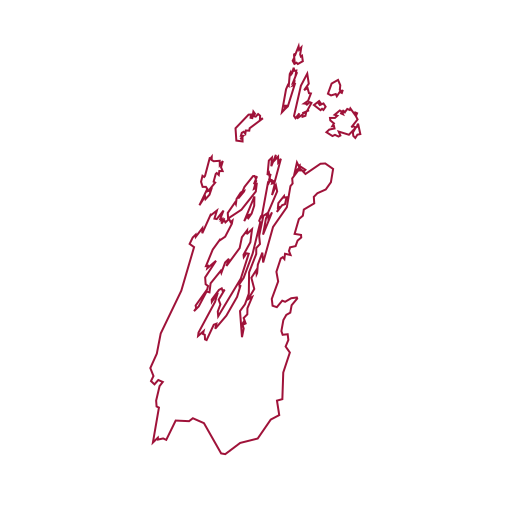 the district of Flora nor, Sogn og Fjordane, Norway, rotated 111°
{"feature_id": "86288312B31787825848012", "entity_name": "Flora nor", "entity_type": "district", "adm_level": 2, "iso_a3": "NOR", "parent_name": "Norway", "parent_adm1": "Sogn og Fjordane", "projection": "robinson", "projection_center": [5.064, 61.619], "detail": "fine", "context": "isolated", "style": "outline", "palette": "rose", "viewbox_px": 512, "rotation_deg": 111, "n_neighbors": 0, "source": "geoboundaries", "source_scale": "gbopen_adm2", "svg_char_len": 6083}
<svg xmlns="http://www.w3.org/2000/svg" viewBox="0 0 512 512"><g transform="rotate(111 256 256)"><path d="M160.3,212.5L147.1,215.2L144.8,224.5L146.8,228.9L161.7,239.2L160.4,242.0L157.8,240.8L156.7,245.9L158.1,246.7L155.6,247.7L156.7,248.4L154.0,251.3L164.0,249.8L158.6,247.5L159.6,243.5L160.9,247.2L170.6,250.0L175.2,247.8L178.4,248.9L199.4,244.7L222.8,250.5L259.5,247.0L250.6,251.3L263.4,251.2L271.6,248.8L272.8,248.9L269.1,250.7L278.0,252.5L287.4,245.8L299.1,247.8L295.6,244.9L307.8,245.3L313.6,243.2L318.3,245.3L322.7,241.5L323.8,242.6L322.2,244.0L324.5,244.4L328.1,241.5L336.8,240.0L313.1,251.2L305.1,249.0L293.8,249.2L273.7,256.6L254.0,256.5L248.5,258.6L243.4,256.6L236.0,260.3L216.6,263.4L218.0,264.7L217.6,265.6L222.0,265.6L223.0,264.1L255.0,260.0L280.9,259.7L288.4,261.5L290.4,260.4L288.7,259.9L301.0,259.0L322.3,262.3L338.5,268.0L333.4,268.7L335.3,270.8L352.2,272.0L352.1,273.7L347.9,275.6L347.8,277.6L344.9,278.0L351.4,281.4L348.1,282.2L313.5,277.8L304.0,278.5L314.6,280.8L312.6,281.7L300.9,278.4L298.5,276.4L300.6,274.6L298.7,273.2L310.2,275.2L313.9,271.9L321.5,271.8L325.8,269.7L282.5,262.1L256.5,263.6L256.9,265.9L261.4,267.0L259.3,268.1L245.2,266.2L232.4,269.3L238.2,272.1L238.2,273.5L236.4,273.1L235.2,273.5L243.5,275.9L254.5,274.1L275.9,280.0L268.3,280.3L273.1,282.5L284.1,282.3L282.4,283.6L297.8,288.6L306.6,286.4L306.9,289.4L323.6,291.4L329.7,294.1L326.3,293.1L323.9,294.6L304.6,289.6L301.2,290.0L300.4,292.9L294.2,295.8L274.8,291.6L284.9,297.1L282.4,297.5L283.3,299.1L265.5,298.7L252.7,295.3L254.1,295.2L249.0,291.7L234.6,290.1L231.4,290.7L233.5,291.8L231.1,294.4L235.6,296.6L233.6,298.9L234.7,298.8L238.2,300.0L233.8,299.5L235.3,301.4L233.5,301.4L234.3,302.7L225.2,302.6L235.6,305.9L236.0,308.2L227.6,308.8L233.9,312.6L232.7,313.1L254.0,314.3L249.3,316.1L259.6,319.1L257.7,320.0L261.4,321.7L268.5,322.3L269.9,317.0L315.2,313.3L362.5,317.2L382.7,313.6L398.5,314.5L404.8,308.7L410.4,309.2L412.2,304.8L406.8,302.8L407.0,297.9L412.0,299.4L426.8,297.4L432.1,294.9L432.3,292.3L467.1,285.4L460.8,282.5L462.5,281.7L459.6,277.3L459.8,273.9L438.4,272.0L434.2,259.3L430.1,256.8L430.7,244.7L452.8,217.8L452.0,213.7L436.2,203.8L425.8,189.0L403.4,183.6L396.2,177.3L383.5,184.6L380.2,180.1L355.0,188.8L334.0,189.8L329.9,195.9L322.8,195.7L317.7,198.4L320.0,202.9L317.0,205.4L306.0,207.5L300.1,206.6L296.6,203.7L289.2,205.1L281.0,202.3L280.1,203.0L282.8,208.0L288.3,212.4L288.3,215.5L296.3,218.2L296.5,222.7L290.4,225.9L271.8,226.2L263.4,231.3L249.5,232.0L247.5,230.6L248.7,228.4L243.5,229.7L242.7,224.1L239.5,227.0L235.7,227.3L232.6,222.6L226.7,222.7L222.5,220.4L220.2,221.5L221.5,227.9L206.2,229.2L201.6,226.7L195.5,228.0L186.0,220.5L180.1,223.2L175.4,221.2L168.9,214.7L160.3,212.5ZM104.8,202.3L95.8,208.2L97.8,207.7L97.7,208.2L99.4,208.1L100.1,208.7L100.1,211.8L101.6,213.1L92.1,210.1L89.6,212.9L86.5,212.8L86.4,214.8L88.4,214.7L84.4,220.8L86.1,220.8L86.0,223.5L89.6,224.5L88.9,227.5L90.4,225.3L91.1,227.2L92.5,225.7L92.4,227.7L90.4,227.7L90.1,229.9L96.0,233.2L95.9,230.3L98.8,231.8L100.6,236.4L102.8,235.2L104.3,230.7L107.5,231.3L106.7,229.8L108.8,228.4L111.7,232.9L115.2,234.6L116.6,227.6L114.6,225.7L114.9,221.8L113.3,220.4L110.2,223.4L109.5,212.7L100.4,208.9L106.0,209.8L109.0,208.2L110.2,205.6L106.4,204.8L104.8,202.3ZM195.9,279.3L188.7,281.1L189.2,281.6L190.9,281.8L191.6,281.7L191.8,281.8L192.8,281.8L194.1,281.9L194.2,282.0L185.1,282.8L189.8,283.7L181.2,283.6L183.3,284.4L181.8,286.0L182.5,287.4L195.5,291.5L201.4,291.8L199.7,290.3L200.1,290.3L208.7,293.2L201.9,292.7L202.3,293.0L209.7,294.6L214.8,293.4L213.5,294.8L225.9,297.8L231.0,295.5L218.0,286.2L195.9,279.3ZM188.7,317.6L185.6,320.5L179.2,321.0L184.1,322.4L180.1,324.0L182.7,329.5L182.3,331.8L179.2,332.9L182.2,333.8L180.3,334.4L199.5,332.3L200.8,332.7L200.3,334.7L206.4,333.9L210.6,330.6L209.4,327.6L210.8,325.5L228.9,327.0L218.7,324.9L221.0,323.5L215.5,321.4L210.8,321.6L213.0,322.8L211.2,322.6L212.3,323.8L202.1,320.4L201.8,322.2L193.8,323.0L192.6,322.4L193.7,319.8L189.8,320.7L188.7,317.6ZM93.2,259.1L93.1,261.0L97.2,263.1L95.6,263.0L96.4,265.7L92.5,263.0L84.6,263.0L85.0,264.9L80.8,268.0L83.9,270.5L76.2,268.5L67.4,273.5L80.9,275.1L111.6,270.7L113.2,268.5L107.3,266.6L113.0,267.0L107.1,263.2L109.3,262.4L107.4,260.1L104.2,260.6L106.1,263.9L101.0,258.8L101.6,260.2L93.2,259.1ZM139.0,307.7L125.0,298.9L127.0,301.3L123.6,302.4L122.7,304.9L126.0,306.2L126.5,309.1L123.6,307.9L122.1,310.2L128.6,308.9L128.9,310.6L125.7,311.4L126.7,313.6L144.1,320.9L155.3,315.7L153.9,309.6L150.9,310.8L152.4,312.5L148.4,311.0L149.2,313.2L146.1,313.4L144.4,312.0L145.6,309.8L142.5,310.5L141.4,307.2L139.0,307.7ZM188.1,259.4L183.1,262.6L193.4,262.9L182.8,264.2L181.3,265.5L182.6,267.0L180.6,267.1L181.2,267.7L180.7,269.8L180.1,270.1L185.3,270.4L181.7,271.1L182.8,271.2L217.5,264.7L212.9,261.4L214.6,260.4L188.1,259.4ZM104.9,279.9L82.5,281.3L83.5,282.5L81.7,281.9L82.3,283.6L80.9,282.2L79.5,282.6L80.9,283.6L69.7,283.5L71.1,284.2L68.4,284.8L69.4,286.6L66.7,288.3L72.3,287.8L73.7,288.2L71.9,289.5L74.0,289.7L85.4,286.4L84.9,287.5L89.6,287.7L112.6,283.3L108.4,281.6L105.3,282.7L104.7,281.1L107.0,280.9L104.9,279.9ZM181.1,265.0L156.3,267.6L160.7,268.8L155.3,271.0L159.9,272.9L154.4,273.7L166.7,273.9L158.4,276.4L162.3,278.2L176.3,274.3L173.7,273.7L176.1,272.3L174.2,271.7L180.1,271.1L179.4,268.6L181.1,265.0ZM73.0,234.3L69.8,234.5L71.8,234.8L70.8,237.3L66.4,238.5L62.2,242.5L67.9,247.2L78.7,247.0L79.2,243.5L76.2,239.6L77.9,237.8L72.8,236.6L73.0,234.3ZM57.4,282.1L52.5,284.8L53.7,285.6L52.0,287.0L45.1,288.5L48.0,289.7L44.9,291.4L55.4,291.5L53.0,292.4L54.6,292.6L62.1,288.9L59.5,291.6L60.6,291.7L62.9,289.0L61.0,287.4L61.8,285.8L57.4,282.1ZM209.7,275.7L201.0,278.8L227.7,279.5L221.2,278.6L219.7,276.7L223.4,277.1L223.6,276.7L218.0,275.3L209.7,275.7ZM197.2,247.5L190.2,248.5L191.3,250.6L190.0,251.3L198.6,254.1L204.3,252.5L202.0,252.2L201.9,251.6L207.4,252.3L199.2,249.8L197.2,247.5ZM91.7,244.5L89.4,247.7L92.2,250.5L91.3,251.9L90.3,250.2L88.7,252.6L94.3,256.0L96.7,248.0L94.9,247.1L95.5,245.4L91.7,244.5ZM233.5,257.1L209.5,256.7L217.1,257.6L213.3,259.2L217.1,260.2L233.5,257.1Z" fill="none" stroke="#9f1239" stroke-width="2"/></g></svg>